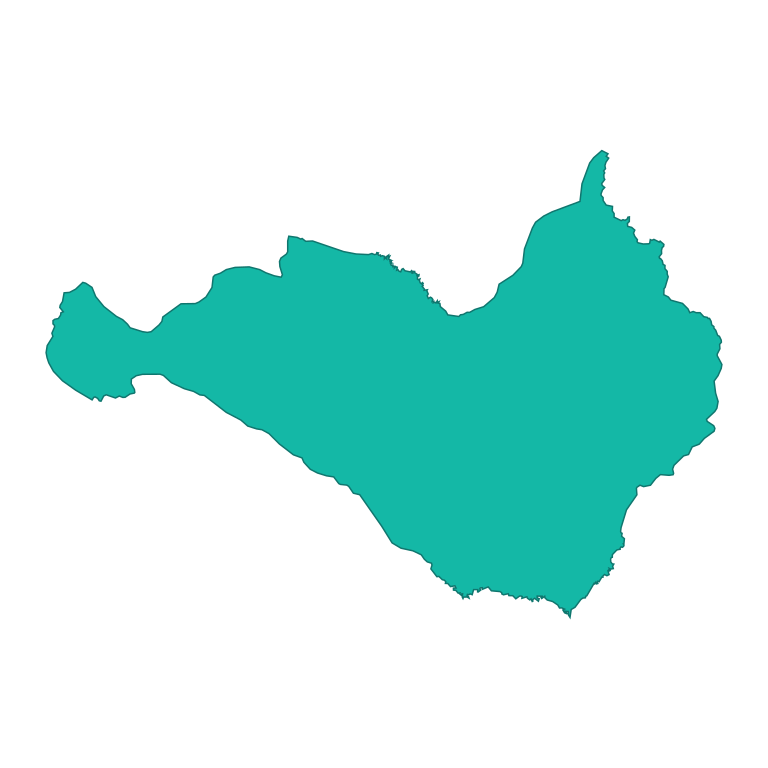 Khamkeuth, Bolikhamxai, Laos
{"feature_id": "54806243B83345748269493", "entity_name": "Khamkeuth", "entity_type": "district", "adm_level": 2, "iso_a3": "LAO", "parent_name": "Laos", "parent_adm1": "Bolikhamxai", "projection": "orthographic", "projection_center": [104.952, 18.216], "detail": "fine", "context": "isolated", "style": "filled", "palette": "teal", "viewbox_px": 768, "rotation_deg": 0, "n_neighbors": 0, "source": "geoboundaries", "source_scale": "gbopen_adm2", "svg_char_len": 6099}
<svg xmlns="http://www.w3.org/2000/svg" viewBox="0 0 768 768"><path d="M608.0,153.8L601.8,150.6L593.7,157.7L589.7,163.0L582.0,183.8L580.0,201.4L552.2,211.8L543.8,216.0L535.6,222.2L532.4,228.0L524.5,248.9L522.8,263.1L521.3,266.6L512.9,275.3L499.1,284.2L497.2,292.2L494.3,297.6L483.7,306.7L474.8,309.5L469.6,312.4L467.1,312.3L463.3,314.4L460.5,314.8L458.9,316.5L447.8,314.9L445.7,311.1L440.3,306.6L439.9,303.5L438.3,303.1L439.0,301.7L437.6,302.4L437.3,300.8L436.0,303.0L435.0,302.3L433.3,302.8L433.7,301.3L432.1,301.6L432.9,299.5L431.6,297.8L430.4,297.2L428.3,298.5L427.2,295.7L428.2,294.0L426.8,290.7L427.3,289.8L424.1,290.3L424.4,289.1L422.2,286.4L423.1,285.6L422.5,284.7L423.2,283.5L422.5,282.6L421.4,283.7L420.1,282.7L419.4,280.4L419.9,279.0L418.3,279.7L417.4,279.1L417.6,276.3L418.8,276.1L419.0,274.7L417.0,275.4L417.1,274.3L414.6,272.6L414.7,271.5L412.6,271.3L412.9,273.1L412.1,273.2L411.5,270.8L410.3,271.9L405.0,270.8L403.1,268.6L401.7,269.4L400.7,271.8L399.0,271.2L397.9,269.6L396.7,270.2L397.3,267.2L395.6,266.7L394.5,267.8L394.7,266.4L394.0,266.6L393.4,265.6L393.6,266.6L392.8,266.7L392.8,265.0L391.3,265.3L390.5,263.5L391.9,263.1L391.1,262.8L391.3,261.6L389.5,262.1L390.1,261.6L389.8,260.3L391.0,260.2L388.4,258.9L389.7,256.2L388.3,256.8L388.6,255.1L386.0,256.9L386.4,258.7L385.3,257.7L384.4,258.8L384.4,256.3L382.4,255.7L380.6,256.3L380.4,255.0L378.6,255.3L377.8,254.1L378.4,252.9L376.8,252.6L376.5,254.1L374.4,254.6L371.9,253.5L368.5,254.6L356.1,254.0L343.6,251.6L312.6,241.0L305.7,241.3L302.1,238.5L300.8,239.1L297.2,237.4L288.8,236.2L287.7,241.0L287.7,251.8L286.4,254.1L280.9,258.1L279.5,261.5L279.9,266.6L282.4,274.8L281.1,277.2L274.2,275.8L265.9,272.8L259.7,269.6L249.2,266.9L235.1,267.4L226.3,269.6L220.4,273.2L214.7,275.2L213.2,277.0L212.0,287.5L206.0,297.0L199.0,302.0L195.3,303.6L181.0,303.8L162.8,317.0L161.9,321.4L159.0,325.0L151.2,331.7L147.4,332.4L142.6,331.7L130.1,327.8L127.5,324.2L122.7,319.7L116.4,316.4L103.9,306.6L95.7,296.6L92.0,287.4L85.7,283.2L82.8,282.4L75.6,289.2L69.5,292.4L64.1,292.8L62.5,301.6L60.2,305.2L59.8,307.5L63.3,311.8L60.9,312.8L60.6,315.1L58.4,318.5L54.7,319.3L53.0,320.6L53.0,323.9L54.4,325.3L54.6,326.9L51.9,333.2L52.9,336.4L47.2,345.6L46.1,352.7L47.1,357.8L48.8,362.9L53.5,371.4L62.5,380.8L75.7,390.2L92.1,399.9L93.7,397.4L95.1,396.9L97.7,398.4L99.3,400.8L101.0,401.2L103.7,396.0L106.2,394.8L115.5,398.0L119.3,396.0L122.7,397.4L125.1,397.3L130.0,394.0L134.3,393.1L134.8,392.5L134.4,389.4L131.2,383.7L131.4,379.0L136.3,375.7L142.6,374.3L160.1,374.2L163.4,375.4L171.4,382.7L184.3,388.7L193.6,391.4L199.9,394.9L204.3,395.4L226.3,412.4L240.8,420.0L247.8,426.1L256.7,428.9L261.9,429.7L269.0,433.6L279.4,444.0L293.4,454.8L302.0,457.9L303.9,462.3L310.3,469.3L317.5,473.0L326.5,475.8L333.7,476.9L338.8,483.6L340.4,484.4L346.8,485.1L348.7,486.3L353.4,493.2L359.7,494.7L381.7,526.2L392.1,542.9L401.0,548.2L412.9,550.8L421.3,554.8L424.4,559.3L427.3,561.9L431.5,563.2L432.0,565.1L430.9,568.9L436.9,576.7L438.9,576.4L442.3,579.7L444.4,580.2L445.8,581.7L445.4,583.4L447.8,583.5L450.5,586.6L454.9,585.8L456.0,588.0L453.4,588.1L453.5,590.1L455.9,590.4L458.1,593.1L460.0,592.9L459.6,593.8L461.6,595.5L461.8,593.9L462.6,593.8L462.3,597.1L463.0,598.5L463.6,597.1L467.2,597.0L469.0,598.1L468.5,596.6L467.1,595.7L467.4,594.4L468.8,594.7L470.1,593.9L472.2,594.7L473.6,589.6L477.7,589.6L477.6,591.9L478.2,592.0L480.6,590.1L479.8,588.8L480.3,587.9L482.3,587.7L482.4,589.3L488.2,586.9L491.4,590.8L500.1,591.6L501.7,592.7L501.9,594.0L503.5,594.8L508.2,593.7L508.9,595.6L512.8,595.7L515.8,598.8L519.5,596.1L520.9,596.0L522.2,596.5L521.9,598.3L526.9,596.8L527.4,598.2L529.8,599.9L531.0,598.8L532.2,601.5L532.9,601.1L532.6,599.7L534.6,598.3L538.4,601.2L539.2,598.7L537.2,597.9L537.2,596.1L542.3,596.2L542.4,597.1L541.1,597.5L541.7,598.5L544.7,596.3L544.9,597.8L547.2,600.0L552.6,601.5L557.8,605.0L559.5,608.0L561.8,607.9L564.5,609.1L562.9,610.0L564.6,612.8L567.5,614.0L565.2,611.3L568.3,611.5L568.5,615.0L570.0,617.4L571.2,609.5L575.0,607.3L580.8,599.5L582.8,598.1L585.4,597.8L585.7,596.3L586.8,595.8L594.1,583.3L594.7,583.9L595.8,582.2L596.4,583.9L597.8,583.5L597.3,582.2L597.9,581.2L599.1,581.7L601.8,577.1L602.9,577.2L602.9,576.1L604.5,574.5L606.9,575.7L609.1,574.6L607.9,570.6L608.7,569.9L609.5,570.9L610.2,570.5L609.2,568.4L610.7,569.1L613.3,568.6L612.6,566.2L613.8,564.1L612.2,563.8L610.8,562.0L610.6,559.1L611.3,557.5L612.3,557.3L612.4,554.6L616.0,550.8L617.2,549.8L620.1,549.3L619.9,548.6L621.1,546.9L622.4,547.3L623.6,546.3L624.0,545.1L623.3,543.9L623.9,543.8L624.4,538.7L621.6,536.3L622.1,533.3L621.0,532.8L620.6,531.3L621.1,527.5L626.5,509.8L636.9,494.8L636.4,488.3L637.0,487.2L640.0,485.2L643.6,486.6L650.5,485.2L655.8,478.4L660.4,474.6L669.1,475.3L673.1,474.7L673.6,473.3L672.6,469.1L674.0,465.3L683.6,455.9L688.5,454.5L692.2,446.9L699.3,444.1L704.3,438.4L714.1,431.2L714.9,428.4L713.7,425.7L707.2,421.4L706.5,419.3L714.8,411.5L716.9,408.2L718.1,401.5L715.6,393.1L714.1,381.1L718.0,375.7L721.2,368.5L721.9,364.5L717.2,355.7L717.2,354.1L719.9,348.8L719.6,344.4L721.4,342.2L721.2,340.1L719.4,336.3L717.7,335.5L715.7,330.2L713.9,328.2L713.9,326.6L711.7,324.8L711.1,321.3L709.5,318.4L708.1,318.5L707.4,317.4L703.8,316.7L700.1,312.7L696.2,312.7L693.2,311.5L689.8,312.7L688.0,308.9L682.5,303.4L670.9,300.2L668.4,297.0L663.8,294.7L664.0,288.7L665.1,287.4L668.2,276.8L667.2,274.1L667.2,271.3L664.9,268.6L665.0,265.4L663.1,264.4L662.3,260.8L660.5,258.5L659.6,258.4L659.1,256.9L661.6,253.7L661.5,250.3L662.2,247.6L663.6,246.4L663.9,244.4L660.1,241.1L659.3,242.1L653.9,239.4L651.9,240.3L650.3,239.6L649.7,243.2L648.8,243.8L643.3,244.0L638.0,242.8L637.0,241.6L637.4,239.7L634.8,236.4L633.5,233.1L634.8,230.1L631.7,227.4L627.7,226.4L627.4,223.5L629.3,221.5L629.4,216.9L627.9,217.2L627.3,218.9L625.1,220.3L623.0,219.7L621.2,220.6L614.1,217.2L614.1,213.5L612.3,211.0L612.5,206.4L606.2,205.1L603.1,200.5L603.1,197.6L601.2,195.5L601.0,194.0L602.5,189.9L604.7,187.5L602.2,185.4L601.7,183.6L604.8,179.4L604.0,178.1L603.8,174.4L604.7,172.9L603.6,170.9L605.5,168.7L604.9,165.7L605.9,162.3L608.7,158.1L606.2,156.3L608.0,153.8Z" fill="#14b8a6" stroke="#0f766e" stroke-width="1.5"/></svg>